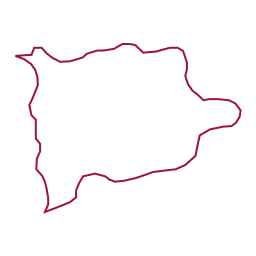 outline of Kalograia, Cyprus
{"feature_id": "46923920B49066435072009", "entity_name": "Kalograia", "entity_type": "district", "adm_level": 2, "iso_a3": "CYP", "parent_name": "Cyprus", "parent_adm1": "", "projection": "mercator", "projection_center": [33.631, 35.338], "detail": "fine", "context": "isolated", "style": "outline", "palette": "rose", "viewbox_px": 256, "rotation_deg": 0, "n_neighbors": 0, "source": "geoboundaries", "source_scale": "gbopen_adm2", "svg_char_len": 1068}
<svg xmlns="http://www.w3.org/2000/svg" viewBox="0 0 256 256"><path d="M44.9,212.0L56.2,207.7L63.2,205.0L69.7,202.3L76.1,197.4L76.1,190.4L79.3,182.8L83.1,176.3L94.9,173.6L105.1,176.3L109.5,179.6L114.8,181.7L124.5,180.7L135.8,178.0L143.9,175.3L153.0,172.0L165.9,170.4L175.6,169.3L185.3,165.0L190.8,160.0L191.3,159.6L195.5,155.8L197.6,145.0L199.8,135.3L210.0,129.4L223.4,126.6L231.5,126.1L235.8,122.9L239.6,116.9L240.6,110.4L235.3,103.4L228.8,100.2L218.1,99.1L209.5,99.1L203.5,100.2L197.1,94.2L192.3,90.5L187.9,84.0L185.3,75.9L186.9,69.4L186.9,62.4L183.1,51.0L177.7,47.8L169.7,47.8L155.7,51.6L149.2,52.1L143.3,52.7L135.3,45.1L129.3,44.0L122.4,44.0L113.8,48.9L103.5,50.5L97.6,50.5L86.9,53.7L82.6,57.5L75.6,59.7L69.7,61.3L60.0,61.8L51.9,57.5L46.5,53.2L41.7,47.8L34.2,47.8L31.5,54.8L15.4,55.9L24.0,59.1L31.0,64.0L35.3,69.9L37.4,77.0L37.9,85.1L32.0,99.6L29.3,105.0L31.5,115.3L35.8,119.6L35.8,127.2L35.8,138.5L40.1,143.9L40.1,151.5L36.9,158.5L36.3,169.3L42.2,175.8L44.9,181.7L46.5,188.2L48.2,197.9L48.2,204.4L44.9,212.0Z" fill="none" stroke="#9f1239" stroke-width="2"/></svg>